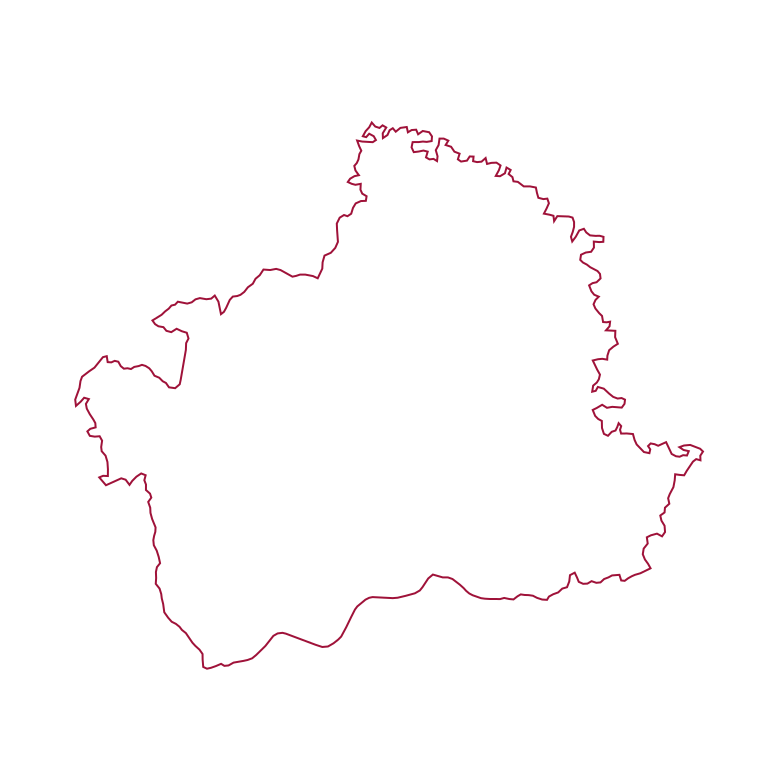 the district of Jóia, Rio Grande do Sul, Brazil, rotated 353°
{"feature_id": "56859067B9941022435580", "entity_name": "Jóia", "entity_type": "district", "adm_level": 2, "iso_a3": "BRA", "parent_name": "Brazil", "parent_adm1": "Rio Grande do Sul", "projection": "albers", "projection_center": [-54.139, -28.741], "detail": "fine", "context": "isolated", "style": "outline", "palette": "rose", "viewbox_px": 768, "rotation_deg": 353, "n_neighbors": 0, "source": "geoboundaries", "source_scale": "gbopen_adm2", "svg_char_len": 6136}
<svg xmlns="http://www.w3.org/2000/svg" viewBox="0 0 768 768"><g transform="rotate(353 384 384)"><path d="M414.1,127.1L410.7,129.3L406.7,127.4L403.7,123.0L400.6,127.4L396.6,130.8L393.2,135.5L396.4,136.8L399.8,133.8L404.0,136.8L405.7,140.9L402.3,142.6L391.9,140.7L387.0,139.1L388.3,144.8L389.9,149.7L387.6,152.8L386.0,158.0L383.9,161.4L381.1,163.9L381.7,168.6L384.5,173.7L380.0,174.1L375.4,176.1L372.7,179.1L376.4,181.4L379.9,182.8L385.3,182.5L384.3,188.3L385.6,192.4L389.6,195.5L388.3,200.0L383.4,199.6L377.9,201.3L374.7,205.4L372.2,211.0L368.2,213.0L364.9,211.4L360.3,213.5L356.7,219.0L356.2,225.5L355.6,237.3L352.2,243.0L347.2,247.3L340.6,249.3L337.9,255.7L336.8,262.0L331.1,271.0L326.6,268.2L319.1,265.8L313.9,265.2L309.9,266.0L306.2,266.3L295.2,258.3L291.0,256.6L284.9,257.0L278.3,255.7L273.9,260.9L269.3,263.9L266.0,268.5L260.7,271.4L256.5,275.6L252.4,278.0L249.0,278.8L244.6,278.8L241.2,281.7L236.6,289.2L233.9,292.9L230.7,294.8L229.7,282.1L226.8,275.6L222.9,278.2L218.0,278.2L211.7,276.3L207.2,277.0L203.1,279.5L198.5,280.2L189.4,277.2L186.3,279.8L182.6,280.2L179.5,283.0L175.7,285.2L171.7,288.2L161.9,292.7L164.1,296.7L167.1,299.2L172.0,300.7L174.5,304.7L179.2,306.6L184.9,303.9L189.8,307.0L194.5,309.1L195.5,315.0L192.6,319.3L191.5,326.0L182.7,355.1L181.2,359.4L176.2,362.7L170.2,361.1L167.7,356.4L164.7,354.3L161.7,350.4L157.2,347.8L155.0,343.0L152.9,339.8L149.5,337.0L146.1,335.5L142.7,336.3L138.2,336.6L134.7,338.3L131.3,337.1L127.7,337.1L124.9,334.2L123.0,329.5L119.5,328.2L116.0,329.3L112.4,328.6L112.2,322.6L108.3,323.1L98.6,332.5L93.0,335.4L85.2,340.0L83.1,344.1L81.3,350.7L75.6,361.9L75.6,368.2L80.9,364.5L84.7,361.1L89.2,363.0L85.7,367.4L86.0,372.2L88.3,378.1L91.2,383.9L92.7,387.6L92.5,391.9L87.0,392.7L83.8,394.9L85.7,399.6L90.5,401.0L95.4,401.2L97.3,405.9L95.6,412.1L95.6,416.3L98.9,421.2L100.0,427.7L99.6,435.0L98.7,441.7L94.0,440.9L90.0,442.0L95.7,450.6L111.7,445.6L115.9,447.5L119.1,453.1L122.3,449.5L127.0,445.8L132.1,443.2L136.3,445.5L134.4,450.3L135.5,454.8L134.8,460.2L138.4,464.3L139.2,468.4L135.6,472.3L136.9,478.3L136.5,483.5L137.4,489.7L139.8,498.5L139.0,502.9L137.3,506.8L136.0,510.9L135.9,516.0L138.1,521.7L139.3,528.1L139.9,534.6L136.3,538.1L134.7,542.8L134.2,548.8L133.1,554.5L136.3,559.7L137.3,565.3L137.3,569.7L138.0,575.4L138.1,583.8L141.3,589.7L144.3,594.1L148.2,596.7L151.5,600.1L153.4,603.4L157.0,607.1L162.3,617.4L164.8,620.9L168.5,625.2L171.0,629.9L170.4,635.3L170.1,642.8L173.6,645.0L177.7,644.6L182.7,643.5L188.2,641.9L191.2,644.3L195.4,644.4L200.7,642.2L210.8,641.7L215.0,641.3L219.7,640.2L224.1,637.4L234.3,629.6L243.5,620.5L248.0,618.6L252.9,618.6L256.1,619.8L284.3,634.5L290.7,637.5L296.4,637.7L302.3,635.2L307.4,632.1L310.7,629.5L316.8,620.9L323.2,611.0L327.7,604.3L330.4,601.5L339.3,595.8L343.2,594.4L346.6,594.1L366.6,597.6L371.5,597.8L379.6,596.9L389.2,595.5L394.4,593.3L397.4,590.4L404.2,582.4L409.3,579.1L418.7,583.1L424.0,583.8L428.2,585.9L434.8,592.4L438.2,596.3L440.3,599.3L443.1,602.3L446.3,604.5L454.2,608.4L458.0,609.4L462.9,610.3L473.1,611.6L477.2,611.0L482.2,612.7L486.3,613.6L490.6,611.0L494.1,609.5L497.7,610.5L502.0,611.2L506.0,612.3L509.8,614.9L514.7,617.2L519.5,618.1L521.8,615.1L526.3,613.3L531.5,612.1L536.0,608.8L540.9,608.0L543.8,602.6L545.3,596.4L550.3,594.5L552.0,599.6L553.2,604.1L557.3,606.6L561.6,606.9L566.0,605.0L570.5,607.2L574.7,607.3L578.7,604.4L583.2,603.3L587.0,601.8L594.4,602.1L595.5,607.9L598.9,608.7L602.6,606.6L606.5,605.0L609.8,604.0L615.4,603.1L626.1,599.4L624.2,594.7L621.6,590.0L620.1,584.5L621.7,579.0L626.3,574.5L626.2,568.2L630.5,566.7L636.7,565.8L641.4,569.1L644.9,565.2L645.2,558.9L642.7,553.4L642.2,548.2L646.8,545.7L647.8,541.0L652.6,537.6L652.1,532.0L654.2,528.1L658.7,521.6L660.8,515.0L662.0,509.1L666.1,510.2L670.8,511.2L673.9,507.1L681.2,498.7L684.7,496.6L688.8,498.3L689.2,493.7L692.4,489.9L689.9,486.8L680.5,481.8L674.2,481.6L669.5,482.7L673.3,486.0L678.3,487.8L676.0,491.9L672.2,491.1L668.6,492.2L665.0,491.3L661.0,488.5L656.9,476.1L648.6,478.7L645.2,476.7L641.4,475.5L638.5,477.8L640.3,481.3L639.0,485.0L633.7,483.2L627.4,474.8L625.9,470.1L625.0,464.0L619.0,462.7L613.3,462.1L612.7,458.2L614.3,454.7L612.1,451.5L610.3,455.1L608.1,458.4L604.2,459.2L600.0,462.7L596.2,460.3L595.0,454.2L595.7,447.2L592.3,444.8L589.7,441.4L588.0,435.2L592.3,433.7L598.0,431.2L602.4,434.8L607.8,434.5L617.1,436.4L620.3,433.0L621.3,428.9L618.1,426.9L614.1,426.9L609.9,424.7L606.3,421.0L601.6,415.4L595.9,413.0L593.3,416.6L589.7,417.0L591.4,411.1L595.4,408.5L597.8,405.5L599.5,401.0L597.3,395.6L594.1,386.1L599.4,385.5L603.7,385.6L608.5,387.0L609.2,383.1L611.6,377.9L616.2,374.9L621.0,372.6L619.1,365.7L620.1,359.4L610.9,357.8L614.9,354.2L616.0,349.7L612.5,349.9L609.0,349.2L608.7,343.0L606.2,339.9L603.0,334.8L601.7,330.4L604.2,326.3L607.8,323.5L603.5,321.0L601.2,317.3L599.6,311.1L603.3,309.3L607.4,308.9L611.8,305.6L611.8,301.1L609.7,297.9L602.9,293.2L599.9,290.2L596.3,287.7L593.9,284.7L595.3,279.7L600.3,278.1L605.7,278.0L609.0,274.2L609.6,268.2L615.0,269.4L619.0,269.6L619.8,264.7L616.2,263.2L611.7,262.7L606.6,261.6L603.2,258.2L601.3,254.3L596.5,255.4L592.3,261.2L588.2,265.5L587.5,260.7L589.9,256.0L591.8,251.2L592.4,246.4L591.4,241.8L587.9,240.3L576.5,238.5L572.7,243.1L572.7,237.7L569.1,236.2L563.5,234.4L566.9,229.4L569.7,224.7L568.7,219.9L564.7,219.9L559.9,218.0L559.1,212.9L558.7,207.5L553.1,205.7L546.8,204.9L541.5,199.7L537.2,198.6L536.7,194.3L533.3,190.8L535.8,187.0L532.0,184.1L529.7,189.6L524.5,191.9L520.3,191.1L524.1,185.8L526.3,181.3L522.6,178.0L517.5,177.6L513.1,178.1L512.4,172.1L507.9,175.2L503.4,175.1L499.6,173.7L500.6,169.2L496.8,168.6L493.6,172.4L487.6,172.6L484.7,170.0L487.1,164.6L482.2,162.0L479.5,156.7L474.3,154.3L477.5,150.3L473.2,147.7L469.0,147.2L467.3,153.5L463.9,158.2L464.9,164.5L463.8,169.2L460.6,166.6L456.5,166.6L453.3,164.2L455.7,158.7L451.6,157.1L446.6,157.5L441.8,157.5L440.2,152.5L441.9,147.4L448.0,148.1L452.2,148.1L455.9,148.9L460.9,148.7L461.8,144.1L459.5,139.6L453.3,137.6L448.3,140.3L446.9,135.5L442.4,135.3L438.4,137.1L437.9,131.7L431.5,131.8L426.4,135.0L423.9,131.2L420.5,132.8L417.8,137.3L412.9,139.8L413.3,135.0L417.5,129.7L414.1,127.1Z" fill="none" stroke="#9f1239" stroke-width="2"/></g></svg>